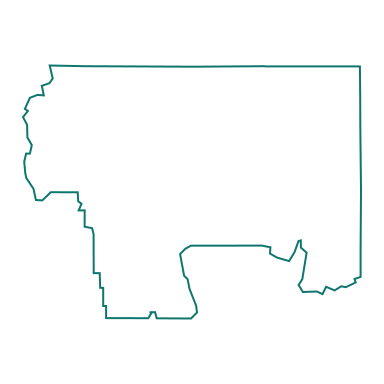 outline of Caribou, Idaho, United States of America
{"feature_id": "52423323B45551485441937", "entity_name": "Caribou", "entity_type": "district", "adm_level": 2, "iso_a3": "USA", "parent_name": "United States of America", "parent_adm1": "Idaho", "projection": "orthographic", "projection_center": [-111.64, 42.719], "detail": "fine", "context": "isolated", "style": "outline", "palette": "teal", "viewbox_px": 384, "rotation_deg": 0, "n_neighbors": 0, "source": "geoboundaries", "source_scale": "gbopen_adm2", "svg_char_len": 1119}
<svg xmlns="http://www.w3.org/2000/svg" viewBox="0 0 384 384"><path d="M49.7,65.5L52.7,78.5L49.4,83.2L41.8,85.8L43.8,95.4L37.5,94.9L29.9,97.8L24.9,108.9L27.9,111.0L23.0,117.1L27.1,124.8L27.4,137.5L31.8,145.1L29.9,153.6L26.1,153.6L24.2,161.8L25.3,173.3L26.4,178.2L33.5,188.8L35.9,200.0L42.3,200.4L50.8,192.2L77.7,192.3L78.2,201.3L81.5,203.8L78.7,210.4L84.7,210.4L84.6,226.7L92.1,228.2L93.6,234.3L93.7,273.1L99.7,273.1L100.2,287.8L103.2,287.9L103.2,306.0L106.1,306.0L106.1,318.1L148.3,318.2L151.5,312.9L149.7,312.2L155.1,312.2L156.7,318.3L191.0,318.5L197.0,312.5L196.1,305.6L189.6,289.1L187.6,279.2L184.1,275.7L180.1,254.1L185.4,248.7L190.8,245.7L261.9,245.6L270.4,247.3L270.0,253.6L277.1,257.6L289.1,261.1L294.6,252.0L298.5,241.1L300.8,240.4L300.9,247.6L306.6,252.7L302.3,279.2L298.6,285.0L302.9,292.0L316.9,291.5L322.5,294.1L326.1,286.8L334.6,290.4L341.3,286.3L345.8,287.2L355.7,282.4L354.5,279.0L360.6,276.9L360.6,248.2L361.0,190.0L360.3,126.5L360.2,93.8L360.1,89.3L360.1,87.2L360.1,84.8L359.9,66.7L359.9,66.4L265.8,66.4L263.8,66.2L193.9,66.7L85.0,66.2L49.7,65.5Z" fill="none" stroke="#0f766e" stroke-width="2"/></svg>